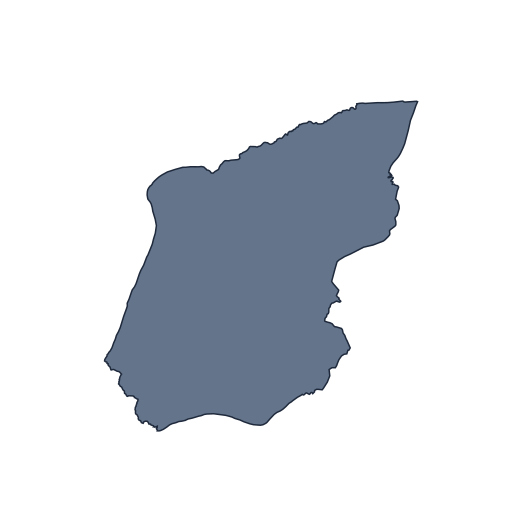 outline of Phongsaly, Phôngsali, Laos, rotated 198°
{"feature_id": "54806243B21239526980805", "entity_name": "Phongsaly", "entity_type": "district", "adm_level": 2, "iso_a3": "LAO", "parent_name": "Laos", "parent_adm1": "Phôngsali", "projection": "orthographic", "projection_center": [102.201, 21.831], "detail": "fine", "context": "isolated", "style": "filled", "palette": "slate", "viewbox_px": 512, "rotation_deg": 198, "n_neighbors": 0, "source": "geoboundaries", "source_scale": "gbopen_adm2", "svg_char_len": 6052}
<svg xmlns="http://www.w3.org/2000/svg" viewBox="0 0 512 512"><g transform="rotate(198 256 256)"><path d="M150.0,452.7L151.1,452.8L152.3,452.3L161.9,448.4L162.8,448.3L163.8,448.6L164.5,448.6L172.5,444.9L178.4,442.5L183.3,440.8L187.5,439.5L199.4,434.8L201.7,434.4L204.7,433.2L207.2,431.9L206.8,431.1L207.3,429.2L206.5,427.5L206.7,426.6L207.1,426.2L207.6,426.1L209.6,427.0L210.7,426.9L211.7,426.1L212.0,425.6L212.0,423.9L212.5,423.2L214.7,423.1L216.1,422.0L218.3,421.1L218.7,420.4L218.8,419.2L219.1,418.6L220.5,418.5L221.0,418.1L221.8,417.8L222.3,417.3L223.2,415.8L224.9,414.3L225.9,412.2L227.7,409.3L228.5,408.2L229.7,407.3L230.8,405.3L231.3,405.0L232.3,405.1L232.5,404.9L232.7,403.3L233.4,402.6L235.2,401.6L237.8,400.8L238.2,400.7L239.5,401.4L240.1,401.4L241.3,400.1L242.2,399.7L243.1,399.7L245.1,400.6L246.0,400.6L247.3,400.3L248.4,398.5L249.0,398.0L251.9,396.7L253.1,395.9L254.1,394.7L254.8,394.8L255.2,394.5L255.7,393.5L255.7,391.8L256.2,391.4L256.8,391.3L257.2,390.8L257.9,389.1L258.3,388.5L259.5,387.7L259.6,386.5L259.9,386.2L260.4,386.2L261.1,385.1L261.9,385.2L262.2,385.1L263.0,384.2L263.4,383.4L263.5,382.7L263.4,380.8L263.8,380.7L265.1,381.2L265.7,381.1L267.6,376.2L268.3,375.6L269.8,375.4L271.8,373.7L272.3,371.3L272.8,370.7L273.7,370.2L273.8,369.2L275.7,367.3L276.3,366.9L277.4,366.6L278.4,366.8L280.0,367.3L281.2,367.0L282.0,367.0L283.3,366.5L284.0,365.5L285.2,363.0L286.1,361.8L287.6,360.9L288.6,359.9L290.5,359.8L295.2,358.4L295.9,357.7L296.1,356.2L296.6,354.8L297.5,353.1L299.1,351.4L300.4,350.4L301.1,349.1L302.5,348.2L303.0,347.1L302.7,346.1L301.6,344.2L301.7,343.7L302.4,342.6L303.7,341.8L309.6,339.3L311.2,338.2L314.9,337.1L315.9,335.7L316.8,333.3L317.8,331.7L318.3,329.3L318.3,327.3L318.6,326.5L321.1,323.7L322.2,321.8L322.7,321.5L324.3,321.1L325.3,322.0L326.5,322.6L327.8,322.8L329.3,322.6L330.0,323.2L331.1,323.5L332.4,324.3L333.4,324.5L335.7,324.2L338.1,323.1L345.5,320.8L350.2,318.7L353.1,317.7L359.6,313.4L366.3,308.5L370.6,303.9L372.7,301.2L374.2,298.7L375.7,296.0L376.9,293.2L376.9,292.1L377.8,290.4L378.3,289.9L379.1,287.5L379.4,285.6L379.2,283.4L378.4,280.4L376.8,277.3L376.2,276.5L373.6,274.8L371.9,273.3L369.6,269.9L368.0,266.7L363.2,259.8L360.1,254.1L358.8,246.5L358.7,240.5L358.3,235.2L359.1,223.5L359.6,221.3L360.0,212.6L361.1,206.7L361.4,203.1L361.5,192.8L362.0,189.1L363.2,185.6L363.3,183.6L363.4,175.7L363.9,171.3L362.9,168.6L362.9,165.8L363.2,157.7L363.0,146.1L363.4,141.6L364.2,137.4L364.1,133.3L364.5,129.5L364.6,124.4L365.3,120.8L366.2,118.9L366.4,117.4L367.1,116.2L366.8,114.7L367.5,112.4L367.8,110.8L367.6,109.4L366.3,108.9L365.3,109.1L364.8,108.7L364.5,107.8L363.7,107.6L363.2,107.7L363.0,106.8L362.6,106.3L360.4,105.2L358.8,102.9L358.4,102.9L356.9,103.9L356.2,104.1L352.6,103.5L350.6,103.7L349.9,103.5L347.4,102.1L347.7,101.6L347.7,100.6L348.0,99.2L347.9,97.2L347.6,96.5L347.9,96.1L347.3,95.0L347.6,93.9L347.0,92.9L347.2,91.9L345.8,91.1L344.9,90.2L343.2,89.8L342.0,88.4L340.7,87.3L340.2,87.2L339.5,86.9L338.5,84.7L337.7,84.6L337.2,84.4L335.8,83.0L335.3,82.8L334.6,82.9L334.2,83.6L332.3,84.2L329.8,84.9L328.7,84.7L328.3,84.5L327.9,83.8L327.4,83.9L325.3,83.3L324.0,83.3L323.8,82.8L323.6,81.5L324.0,79.9L323.7,79.2L323.9,78.4L323.7,77.7L323.9,76.9L323.6,76.0L324.0,74.9L323.5,72.3L322.6,71.5L322.5,70.4L321.7,68.7L320.2,68.3L318.3,66.5L318.0,66.1L317.7,64.8L317.3,64.3L316.6,63.8L315.8,63.6L315.2,63.7L314.7,63.5L313.5,62.1L311.6,62.0L311.5,62.4L311.5,63.4L311.1,64.0L310.0,64.8L308.4,65.2L307.0,64.4L306.0,63.1L304.4,63.5L304.2,63.0L302.5,62.8L301.1,62.9L300.7,62.6L300.7,62.0L300.3,62.3L300.0,62.2L299.7,61.9L299.5,62.0L298.0,62.9L297.3,63.6L296.9,62.1L297.5,61.4L297.2,60.8L296.1,60.0L295.9,59.5L295.9,59.2L294.2,59.7L292.8,60.5L290.5,62.6L288.1,65.6L286.0,68.7L284.0,70.6L280.7,72.7L278.3,74.7L275.5,76.0L272.5,77.8L270.2,80.0L266.9,81.9L260.8,86.1L258.7,87.3L256.3,89.3L254.0,90.5L247.5,92.9L235.6,95.1L232.5,95.3L229.1,95.4L225.9,95.0L220.6,95.1L216.4,94.6L210.0,94.5L206.2,94.8L199.6,96.4L197.2,97.7L195.0,99.9L194.2,101.1L192.3,105.6L189.8,110.9L187.8,113.7L185.1,116.1L183.1,118.6L181.1,122.0L179.1,126.1L177.3,128.2L176.4,129.7L172.9,134.5L170.5,137.0L169.2,138.7L168.6,138.5L167.9,138.5L167.3,139.0L166.3,140.9L165.8,141.3L165.0,141.3L162.6,140.9L162.0,141.6L161.6,143.0L161.0,143.4L160.5,143.4L159.5,142.6L158.4,144.8L158.7,146.3L157.1,148.0L155.3,148.5L151.7,149.2L151.0,151.1L149.2,158.1L148.8,164.8L151.4,170.6L149.3,173.2L146.0,174.3L145.4,176.9L145.4,179.3L145.1,183.0L143.8,187.4L141.8,189.8L139.4,191.0L139.5,194.7L138.5,195.2L138.0,197.7L142.8,203.1L145.0,205.3L147.0,207.9L149.4,209.7L151.0,212.5L152.3,213.5L157.5,213.4L159.2,213.1L160.1,213.4L162.7,215.1L165.2,215.4L167.2,215.2L170.3,215.2L170.8,216.0L170.9,217.0L171.1,217.6L170.8,219.0L170.2,219.9L170.4,222.6L169.8,223.1L169.5,223.7L169.4,224.5L169.6,225.7L170.5,228.6L169.8,230.6L170.0,232.5L169.3,234.6L168.1,235.2L166.2,237.3L165.2,238.1L163.9,237.9L162.1,238.0L161.4,238.9L161.4,239.2L163.5,240.3L164.0,240.8L163.9,241.4L164.2,241.7L166.0,242.3L167.2,243.1L167.1,245.1L166.7,247.4L166.8,249.1L174.0,253.5L176.2,255.2L176.9,268.5L177.1,275.5L175.7,278.0L171.5,282.9L166.9,287.0L156.4,297.6L148.0,302.7L139.5,309.6L138.3,311.3L136.2,315.5L135.5,317.4L135.6,318.6L136.4,320.2L136.8,321.4L136.2,322.8L133.0,327.4L132.6,328.7L133.6,331.8L135.4,334.6L135.5,335.8L134.3,338.4L134.5,345.4L135.6,348.2L138.6,352.2L140.8,353.1L141.8,361.3L141.6,365.3L141.8,365.8L142.3,366.0L142.7,366.5L143.3,366.6L145.3,366.3L146.7,367.0L147.1,366.9L148.1,366.3L148.6,366.3L148.9,367.9L148.5,368.3L148.6,368.7L149.0,369.0L150.5,368.6L150.9,369.1L150.5,370.3L150.0,370.9L150.0,371.7L149.6,372.6L150.0,373.1L151.6,373.0L153.9,371.4L154.5,371.4L154.6,371.7L154.6,372.0L154.3,372.3L153.6,372.3L153.5,373.2L153.3,373.5L151.9,374.0L151.7,374.4L151.7,374.6L152.2,374.9L152.7,375.4L153.7,375.1L153.8,375.2L153.9,376.1L155.2,376.5L155.5,376.4L155.8,378.1L155.5,383.1L154.4,387.0L151.9,392.7L151.2,394.7L150.4,398.0L149.6,404.4L149.3,408.8L150.0,422.3L151.0,432.7L150.5,440.8L150.4,448.6L150.0,452.7Z" fill="#64748b" stroke="#1e293b" stroke-width="1.5"/></g></svg>